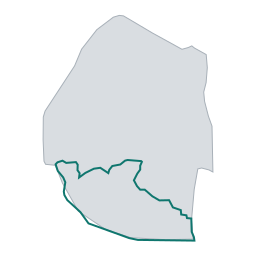 Shiselweni highlighted on a map of eSwatini
{"feature_id": "SWZ-537", "entity_name": "Shiselweni", "entity_type": "District", "adm_level": 1, "iso_a3": "SWZ", "parent_name": "eSwatini", "parent_adm1": "", "projection": "mercator", "projection_center": [31.425, -27.036], "detail": "coarse", "context": "in_parent", "style": "outline", "palette": "teal", "viewbox_px": 256, "rotation_deg": 0, "n_neighbors": 0, "source": "natural_earth", "source_scale": "10m", "svg_char_len": 1197}
<svg xmlns="http://www.w3.org/2000/svg" viewBox="0 0 256 256"><path d="M191.8,45.9L194.4,48.0L206.2,54.6L207.3,67.7L206.1,82.6L203.7,92.1L204.6,101.5L208.4,116.2L212.0,126.2L212.9,172.0L208.9,169.9L201.6,168.0L197.8,168.9L194.2,189.4L191.5,220.1L193.1,239.1L165.5,239.7L130.5,237.6L105.4,229.4L78.4,211.3L62.4,183.0L55.4,165.3L45.6,164.3L44.0,161.2L43.1,139.7L43.3,117.0L45.1,111.0L63.3,83.2L74.6,65.9L81.6,49.2L96.9,29.6L113.3,17.2L119.3,15.4L123.5,15.9L152.4,33.0L182.0,49.3L188.4,47.5L191.8,45.9Z" fill="#d9dde1" stroke="#a8b0b8" stroke-width="1"/><path d="M129.2,238.1L88.5,223.4L80.4,212.1L67.3,200.1L64.4,195.1L63.8,191.6L65.3,182.3L63.2,177.4L57.8,170.9L55.6,164.3L57.5,162.3L62.5,160.7L66.2,162.9L75.9,162.1L77.7,164.7L77.5,170.2L79.6,173.2L79.1,177.5L85.4,172.9L93.9,168.7L100.3,167.8L108.3,173.1L109.3,169.8L112.3,166.0L120.3,164.5L125.1,160.6L127.7,160.0L141.2,161.1L141.9,161.8L140.2,165.7L140.2,169.6L137.3,173.6L133.9,180.3L137.0,186.1L140.2,189.7L144.8,189.7L152.4,196.3L159.4,200.4L169.1,200.2L172.9,207.4L180.8,210.1L181.2,214.5L186.4,215.3L187.0,218.1L191.3,218.5L191.7,231.9L193.9,237.1L194.4,240.6L137.8,239.9L129.2,238.1Z" fill="none" stroke="#0f766e" stroke-width="2"/></svg>